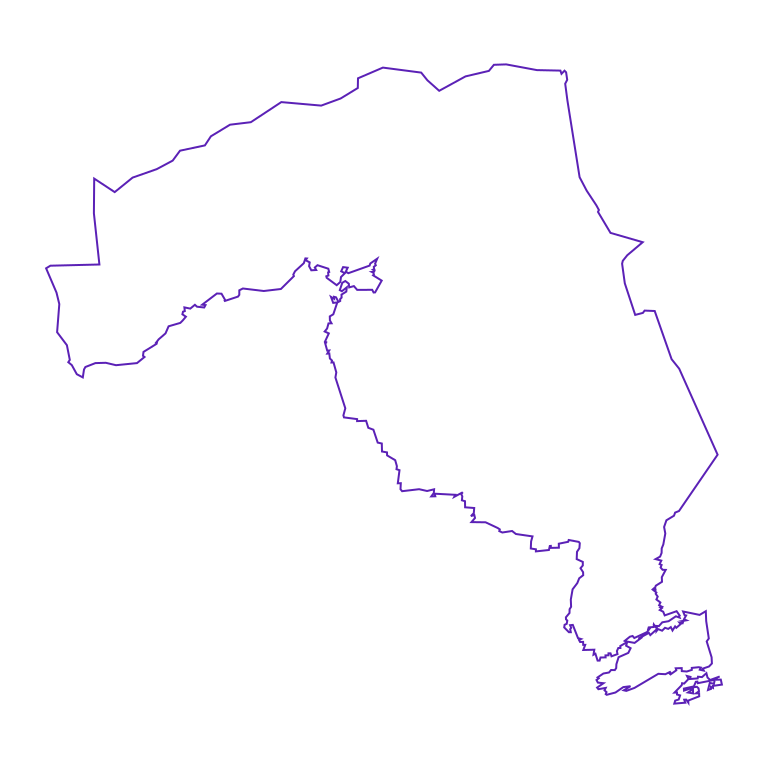 Eide nor, Møre og Romsdal, Norway (orthographic projection), rotated 180°
{"feature_id": "86288312B27071382350329", "entity_name": "Eide nor", "entity_type": "district", "adm_level": 2, "iso_a3": "NOR", "parent_name": "Norway", "parent_adm1": "Møre og Romsdal", "projection": "orthographic", "projection_center": [7.322, 62.931], "detail": "fine", "context": "isolated", "style": "outline", "palette": "violet", "viewbox_px": 768, "rotation_deg": 180, "n_neighbors": 0, "source": "geoboundaries", "source_scale": "gbopen_adm2", "svg_char_len": 5968}
<svg xmlns="http://www.w3.org/2000/svg" viewBox="0 0 768 768"><g transform="rotate(180 384 384)"><path d="M685.2,390.6L684.0,398.5L682.6,401.0L672.6,404.9L662.2,405.2L652.0,402.8L631.0,404.9L623.5,411.0L625.0,412.2L624.5,416.1L611.4,424.2L611.1,425.4L611.8,425.5L609.3,428.7L602.5,434.6L599.4,441.7L587.7,445.1L585.3,447.5L582.1,451.3L585.6,453.7L585.0,456.3L583.2,456.9L583.6,460.6L577.7,459.4L573.1,463.2L571.0,461.3L563.8,460.5L562.5,462.9L565.8,463.3L551.1,474.5L546.5,474.3L542.8,467.9L543.9,466.8L530.0,471.4L528.7,473.2L528.7,477.7L525.1,479.5L504.2,477.0L487.1,479.0L474.1,491.9L474.7,493.4L473.0,496.7L464.2,504.8L462.6,509.6L461.2,509.5L462.4,507.8L458.3,505.6L458.9,501.8L456.7,497.7L451.8,498.0L453.2,500.5L450.5,502.8L439.7,499.3L438.8,496.0L439.9,495.6L439.6,492.5L441.7,491.7L441.3,490.2L431.3,482.8L427.7,486.0L427.0,491.0L423.1,494.8L426.8,496.7L424.9,500.9L420.3,500.3L422.2,496.4L419.7,494.8L398.4,502.4L397.7,504.5L390.8,509.3L392.9,504.3L392.2,502.7L394.2,501.2L393.8,498.8L394.8,498.4L393.4,497.7L393.8,496.5L396.2,496.1L394.6,495.3L394.1,493.5L394.9,492.7L386.3,487.4L392.9,475.6L394.4,475.5L395.8,478.2L410.8,478.1L414.1,481.9L418.8,480.6L419.2,484.3L422.7,487.0L425.7,485.2L428.2,477.9L426.1,476.8L421.2,480.7L421.7,476.4L426.5,473.4L426.4,470.4L427.9,468.8L427.8,467.0L429.5,466.1L432.0,470.7L434.0,471.2L433.9,469.2L437.0,471.1L434.8,465.1L430.7,465.6L434.7,453.7L438.2,451.6L438.1,447.6L436.5,444.7L439.5,444.6L440.9,439.5L443.3,436.5L439.2,434.6L443.0,426.4L441.0,425.5L443.0,425.4L440.8,417.4L438.8,417.5L440.7,414.4L438.7,414.5L438.1,409.5L436.0,407.5L436.5,405.5L434.5,405.6L431.7,395.6L432.6,390.5L422.7,359.7L424.6,352.6L424.0,350.6L410.9,348.9L410.9,346.9L401.9,347.2L399.7,340.2L394.6,338.3L390.3,325.4L386.2,324.5L386.0,316.5L381.0,315.6L380.9,312.6L372.8,307.8L371.1,301.8L371.5,298.8L368.5,297.8L370.2,284.7L367.2,284.8L367.5,278.8L365.9,276.8L348.9,278.8L340.9,277.0L333.9,278.7L334.2,275.0L336.7,271.6L332.7,271.7L333.4,274.3L312.7,273.2L313.7,271.2L305.3,275.7L306.7,273.7L305.7,271.7L306.1,267.7L303.0,266.8L302.9,260.7L293.8,260.0L294.2,254.9L297.1,251.9L293.7,253.0L293.0,250.0L296.5,245.9L282.4,245.7L270.3,240.0L268.2,238.6L268.7,236.9L265.7,235.5L255.9,237.0L252.1,234.0L235.5,231.6L236.9,226.6L237.2,219.5L232.1,218.7L232.1,216.6L219.1,218.0L218.2,222.0L217.2,222.1L217.1,220.1L209.1,220.3L209.2,224.3L199.8,226.2L199.3,228.0L189.2,226.1L188.2,224.8L188.6,219.8L191.0,216.2L191.3,208.9L185.2,206.1L185.2,202.5L187.5,199.8L184.9,195.8L184.8,192.8L188.8,189.7L190.7,184.9L195.4,178.7L197.2,168.4L196.9,161.2L198.4,158.8L198.5,155.0L202.1,150.7L202.0,148.7L200.7,147.4L201.3,144.2L203.4,143.2L203.8,140.6L199.1,135.8L197.2,135.8L197.8,138.8L196.8,140.2L197.9,142.8L195.2,143.1L190.0,129.9L187.0,129.0L189.0,128.0L187.9,126.0L184.9,126.1L184.8,123.1L182.8,123.1L184.7,118.0L173.7,118.3L174.5,113.3L172.6,114.3L170.4,107.4L168.4,107.4L167.5,110.5L162.4,110.6L162.5,112.6L159.5,112.7L159.5,114.7L157.5,114.7L156.5,111.7L150.5,113.9L151.1,116.9L149.7,120.0L147.6,120.0L147.7,122.0L142.3,125.1L141.4,126.2L143.3,127.1L138.1,131.3L135.4,132.0L133.7,130.0L121.0,135.9L118.7,138.9L119.8,138.9L119.3,140.6L114.3,141.0L114.1,143.4L112.0,140.5L111.0,141.3L112.2,142.1L109.1,141.9L105.7,145.7L99.4,146.8L92.1,151.7L88.4,150.4L89.0,151.7L88.3,152.4L91.4,156.8L103.3,152.6L104.8,156.3L108.2,158.0L106.1,159.9L107.5,160.6L106.1,161.3L108.9,162.7L107.6,165.5L111.6,168.5L110.3,171.4L112.3,174.2L111.6,175.5L115.4,178.5L113.9,179.8L112.2,177.3L112.9,180.2L112.2,182.3L106.0,186.2L106.2,190.8L102.3,198.1L105.4,198.2L107.4,200.5L106.4,203.0L108.4,203.9L106.7,207.4L112.4,208.9L107.9,211.4L106.4,215.1L106.3,219.6L104.7,223.5L102.7,234.5L103.9,241.0L101.6,247.7L94.0,252.3L92.9,255.4L89.0,257.0L50.4,313.3L88.8,399.3L96.4,408.8L113.3,457.0L123.4,457.4L125.1,455.1L132.8,453.1L143.2,484.7L145.9,504.3L145.2,507.2L140.7,512.8L125.3,525.8L157.5,535.1L170.0,556.1L169.1,558.0L171.6,562.6L181.3,577.3L188.4,590.8L200.6,667.6L202.8,684.3L200.8,688.2L201.9,695.7L203.5,697.3L206.5,694.2L207.6,697.4L231.1,697.9L261.8,703.6L274.1,703.2L279.1,697.1L302.5,691.6L328.8,677.2L340.6,687.7L346.8,695.4L385.1,700.4L410.0,689.7L410.2,680.0L427.4,669.5L446.8,662.4L486.7,665.9L517.2,645.8L538.0,643.3L557.1,631.7L563.1,622.6L588.0,617.3L595.3,607.4L611.2,598.9L635.4,590.4L653.3,575.9L673.8,589.4L674.1,554.7L668.6,503.5L717.6,502.3L721.9,499.7L711.5,475.4L708.7,463.9L710.9,435.8L701.1,422.8L698.2,408.1L699.7,405.8L696.2,402.9L691.2,393.8L685.2,390.6ZM84.9,156.5L83.4,152.8L81.9,152.5L84.0,148.8L81.6,147.7L86.1,146.9L84.8,146.4L85.4,144.7L88.5,145.3L87.4,143.9L91.7,140.2L92.9,141.6L95.5,137.5L97.2,140.9L99.8,139.1L103.0,140.2L105.9,137.3L109.9,138.9L111.4,137.0L111.3,138.7L117.7,132.9L119.1,135.1L129.6,129.4L127.7,129.4L133.4,125.1L140.7,126.4L141.9,122.3L137.4,119.8L139.7,115.1L149.4,110.8L151.6,103.8L151.8,99.9L153.2,97.9L156.9,98.0L159.0,95.5L164.6,94.5L170.4,90.6L169.3,89.7L171.5,88.0L170.1,85.4L164.5,84.8L170.9,80.4L169.6,78.8L162.3,80.1L163.5,77.7L161.5,75.9L162.3,73.9L161.3,73.2L152.5,75.5L144.7,80.9L137.5,81.8L144.2,77.7L141.7,77.1L133.5,80.1L109.7,94.2L102.6,93.8L97.3,96.4L98.7,94.7L97.5,93.6L91.7,97.7L92.3,99.7L86.3,99.9L86.2,96.9L81.2,96.5L76.2,98.1L76.2,100.1L69.2,100.8L67.2,100.4L68.2,98.3L64.2,97.4L65.2,99.4L59.0,101.5L56.1,104.5L56.4,110.7L61.3,126.6L59.2,129.5L61.8,146.9L62.2,156.8L68.4,153.1L84.9,156.5ZM61.6,94.8L66.0,90.9L70.0,91.3L70.3,89.6L78.0,89.0L77.5,91.1L81.0,92.0L79.5,89.0L83.9,84.4L85.9,84.8L86.3,82.8L93.5,75.4L91.0,75.5L91.0,73.5L87.9,72.6L89.3,68.5L92.8,67.4L93.7,64.4L82.7,65.3L83.8,68.3L81.8,68.4L79.7,65.4L79.8,67.4L68.8,71.7L68.9,74.7L71.9,74.7L69.0,76.8L69.5,79.7L71.1,81.2L75.1,80.6L74.9,74.6L80.0,75.5L77.0,77.5L77.1,79.6L84.0,77.4L84.1,79.4L74.1,81.6L72.2,86.2L70.6,86.4L70.2,84.8L53.2,88.2L54.1,84.2L58.2,85.1L60.0,78.0L57.0,79.1L57.0,81.1L55.0,80.1L55.1,82.1L46.1,83.4L47.2,88.4L51.2,88.3L51.3,90.3L48.3,91.5L57.9,88.0L60.5,90.5L61.6,94.8Z" fill="none" stroke="#5b21b6" stroke-width="2"/></g></svg>